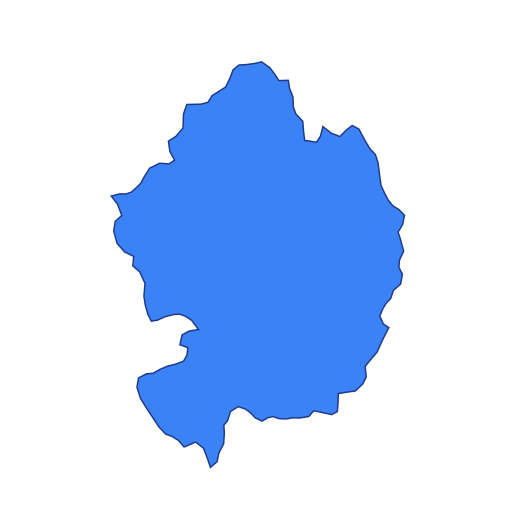 the district of Sem-Peixe, Minas Gerais, Brazil, rotated 162°
{"feature_id": "56859067B34440894750184", "entity_name": "Sem-Peixe", "entity_type": "district", "adm_level": 2, "iso_a3": "BRA", "parent_name": "Brazil", "parent_adm1": "Minas Gerais", "projection": "equal_earth", "projection_center": [-42.82, -20.083], "detail": "fine", "context": "isolated", "style": "filled", "palette": "blue", "viewbox_px": 512, "rotation_deg": 162, "n_neighbors": 0, "source": "geoboundaries", "source_scale": "gbopen_adm2", "svg_char_len": 2018}
<svg xmlns="http://www.w3.org/2000/svg" viewBox="0 0 512 512"><g transform="rotate(162 256 256)"><path d="M171.0,413.1L180.0,415.7L181.8,422.6L184.7,430.9L190.7,438.9L198.3,439.6L205.5,440.9L213.3,442.9L220.3,440.1L225.6,433.4L232.6,426.1L239.4,424.3L248.2,422.1L254.2,417.0L261.4,417.4L269.4,419.8L275.0,421.5L281.1,413.4L285.9,400.2L295.1,394.6L303.8,392.3L305.6,381.9L303.8,372.4L310.1,370.4L319.0,374.0L330.0,372.4L337.2,366.4L342.9,360.9L349.2,357.7L355.1,355.2L360.5,355.2L366.4,357.2L375.1,357.7L371.7,348.0L371.1,336.1L379.1,332.5L383.6,323.8L384.2,310.9L379.7,300.4L372.4,293.4L376.2,284.7L371.5,276.8L370.0,264.3L375.0,252.4L376.5,243.2L376.8,233.7L375.7,226.4L369.6,225.4L361.1,226.4L351.8,225.7L346.3,224.1L341.4,220.2L337.0,214.6L333.4,203.8L342.7,205.3L350.7,203.8L355.8,195.1L349.2,189.9L352.2,183.1L357.5,178.3L367.0,178.0L374.2,178.6L382.5,177.8L390.2,176.3L396.7,177.8L405.4,176.3L409.8,167.9L409.8,155.9L406.6,143.2L403.9,133.6L401.1,123.3L397.0,114.6L391.6,110.4L386.7,104.5L383.4,96.6L370.8,97.7L365.3,89.3L364.7,77.5L364.7,69.1L356.6,72.4L352.2,80.1L344.8,87.4L340.9,97.1L338.9,105.0L334.0,108.1L328.4,116.0L319.4,118.2L313.3,113.7L309.5,108.2L306.7,102.2L301.1,97.1L294.9,98.5L289.5,98.1L284.5,94.3L277.9,91.8L270.9,90.7L264.6,88.5L255.4,87.0L248.9,91.0L241.4,86.7L233.1,81.8L226.7,82.9L223.5,90.7L220.3,99.7L212.1,98.5L203.2,96.9L193.9,101.4L188.6,106.8L186.2,117.4L179.3,121.8L170.4,127.3L164.0,134.5L158.3,140.4L151.8,146.8L155.9,152.0L156.8,160.7L151.5,166.8L147.0,170.7L141.1,173.9L136.0,180.8L127.1,184.7L122.4,193.5L123.6,201.0L120.8,207.8L114.1,214.9L113.5,226.6L113.5,234.8L106.9,240.6L102.2,248.8L105.8,256.1L110.2,261.2L113.0,268.4L114.3,276.3L115.3,284.2L113.2,296.3L111.1,307.0L111.1,315.4L114.7,323.3L116.8,333.0L118.9,344.9L124.2,350.4L130.8,348.0L139.3,343.7L146.5,349.6L152.4,358.4L157.7,350.0L163.4,345.4L169.0,348.5L174.0,350.8L172.3,359.7L169.9,369.6L174.3,379.1L174.4,386.4L171.7,395.9L172.3,404.7L171.0,413.1Z" fill="#3b82f6" stroke="#1e3a8a" stroke-width="1.5"/></g></svg>